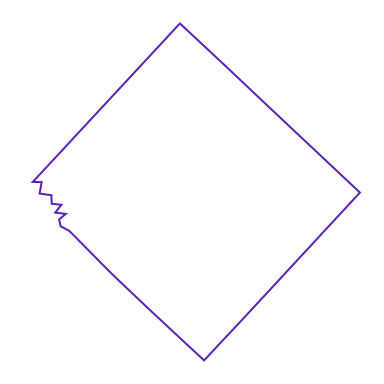 outline of Warren, Iowa, United States of America, rotated 223°
{"feature_id": "52423323B43281818632829", "entity_name": "Warren", "entity_type": "district", "adm_level": 2, "iso_a3": "USA", "parent_name": "United States of America", "parent_adm1": "Iowa", "projection": "robinson", "projection_center": [-93.528, 41.336], "detail": "fine", "context": "isolated", "style": "outline", "palette": "violet", "viewbox_px": 384, "rotation_deg": 223, "n_neighbors": 0, "source": "geoboundaries", "source_scale": "gbopen_adm2", "svg_char_len": 453}
<svg xmlns="http://www.w3.org/2000/svg" viewBox="0 0 384 384"><g transform="rotate(223 192 192)"><path d="M315.8,307.0L315.3,90.8L308.7,96.7L302.4,86.9L292.6,93.8L286.6,87.7L278.8,93.6L278.0,83.7L269.4,89.9L270.5,81.3L264.8,77.4L255.0,79.9L200.0,77.6L182.3,77.3L146.1,77.0L138.4,77.0L117.7,77.0L99.6,77.0L68.3,77.1L68.3,98.3L68.2,133.8L68.4,191.4L68.8,306.1L192.8,306.6L254.8,307.0L315.8,307.0Z" fill="none" stroke="#5b21b6" stroke-width="2"/></g></svg>